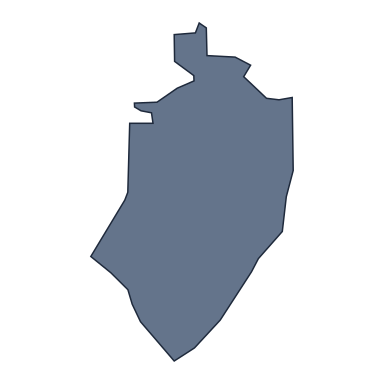 the district of Tibiri, Dosso, Niger
{"feature_id": "23599985B22885280076406", "entity_name": "Tibiri", "entity_type": "district", "adm_level": 2, "iso_a3": "NER", "parent_name": "Niger", "parent_adm1": "Dosso", "projection": "orthographic", "projection_center": [3.884, 13.094], "detail": "fine", "context": "isolated", "style": "filled", "palette": "slate", "viewbox_px": 384, "rotation_deg": 0, "n_neighbors": 0, "source": "geoboundaries", "source_scale": "gbopen_adm2", "svg_char_len": 572}
<svg xmlns="http://www.w3.org/2000/svg" viewBox="0 0 384 384"><path d="M129.7,123.3L127.8,192.3L124.8,200.1L90.8,256.5L110.9,272.8L127.9,289.7L132.2,304.2L140.5,321.7L174.2,361.0L194.5,347.9L220.2,320.1L251.5,271.8L258.4,258.6L282.3,231.5L286.3,196.7L293.2,170.5L292.2,97.5L279.0,99.8L266.5,98.3L243.7,76.7L250.6,65.2L235.1,57.1L207.0,55.6L206.3,27.9L199.2,23.0L195.4,32.9L174.2,34.6L174.6,61.4L193.8,75.6L194.0,80.9L177.2,88.2L157.0,102.2L134.4,103.1L134.6,107.0L141.0,110.8L151.5,112.8L153.0,123.3L129.7,123.3Z" fill="#64748b" stroke="#1e293b" stroke-width="1.5"/></svg>